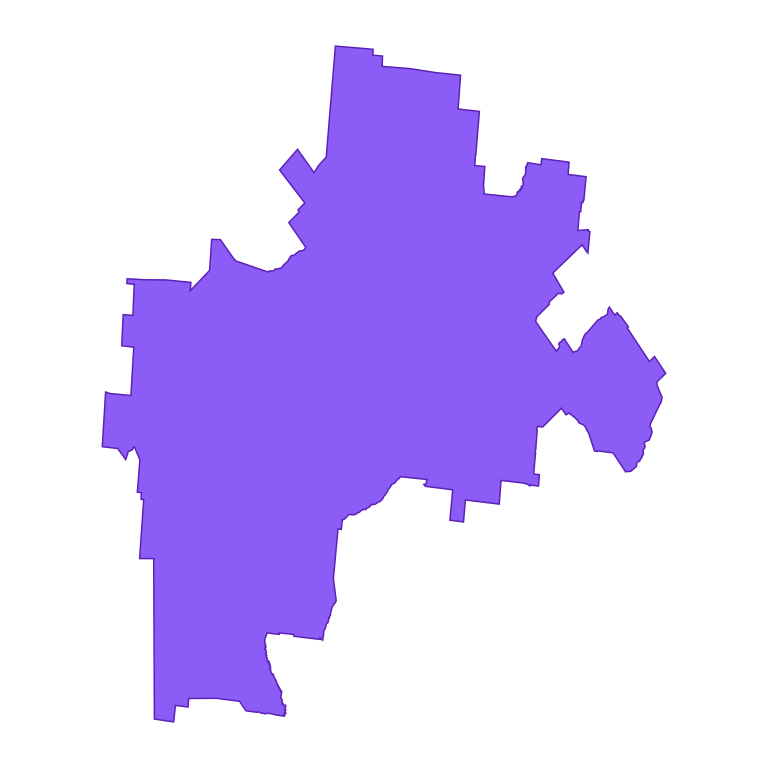 outline of Barcoo, Queensland, Australia
{"feature_id": "25037944B38568063774568", "entity_name": "Barcoo", "entity_type": "district", "adm_level": 2, "iso_a3": "AUS", "parent_name": "Australia", "parent_adm1": "Queensland", "projection": "equal_earth", "projection_center": [142.502, -25.173], "detail": "fine", "context": "isolated", "style": "filled", "palette": "violet", "viewbox_px": 768, "rotation_deg": 0, "n_neighbors": 0, "source": "geoboundaries", "source_scale": "gbopen_adm2", "svg_char_len": 6111}
<svg xmlns="http://www.w3.org/2000/svg" viewBox="0 0 768 768"><path d="M335.4,46.1L326.2,157.3L318.6,165.4L314.1,172.7L297.5,149.3L279.6,170.0L304.8,203.0L298.0,209.9L299.3,211.9L288.8,222.6L305.7,247.3L304.5,249.4L302.2,250.7L299.0,251.1L298.4,251.9L295.9,253.5L294.8,254.9L291.2,255.7L290.4,256.6L289.5,258.5L288.7,259.3L287.7,261.4L283.5,265.0L282.4,266.8L281.0,268.1L278.4,268.6L277.9,269.1L277.3,268.8L275.1,269.2L273.0,271.2L270.3,270.8L268.5,271.3L268.0,272.0L235.1,260.7L235.1,259.8L234.3,259.5L220.4,239.6L211.7,239.4L209.6,270.4L190.3,290.7L190.9,282.4L165.9,279.9L146.5,279.8L127.1,278.8L126.9,283.6L134.2,284.3L132.9,315.4L123.2,314.6L121.7,345.8L133.8,347.2L130.9,395.5L109.9,393.5L105.6,392.0L102.3,446.7L117.7,448.5L125.7,459.5L127.9,453.1L127.6,452.8L128.4,451.5L131.9,450.1L132.9,448.8L132.8,448.5L133.2,448.1L133.2,447.6L134.5,447.0L139.9,459.9L137.3,492.2L141.3,492.6L141.1,499.3L143.7,499.6L139.6,558.6L153.7,558.6L154.4,719.1L173.7,721.9L175.4,705.4L188.0,707.0L188.7,698.5L216.4,698.3L239.5,701.3L245.9,710.8L257.0,712.3L258.2,711.7L259.8,712.6L262.8,713.4L263.6,713.2L264.6,713.8L268.1,713.3L272.9,714.0L275.5,714.9L283.9,716.1L283.5,715.4L283.6,714.7L284.7,715.0L284.6,714.6L285.1,714.0L284.7,713.0L285.8,713.0L284.7,711.2L285.6,710.7L285.8,709.6L284.7,708.8L285.7,706.9L285.8,706.2L285.5,705.1L284.4,705.5L284.0,705.1L283.3,705.5L283.0,703.7L282.3,703.8L282.5,703.3L282.1,703.3L282.4,702.7L281.7,701.5L281.9,700.7L282.2,700.7L282.3,700.3L281.5,698.6L280.5,697.8L280.9,697.0L280.8,696.4L281.2,695.9L281.1,694.4L281.5,693.9L281.6,691.2L280.8,690.9L280.9,690.7L280.7,690.3L280.6,690.5L280.5,689.8L280.3,690.0L279.9,689.4L279.6,689.3L279.1,687.9L279.4,687.3L278.2,686.3L278.1,685.2L277.4,685.2L277.1,683.1L276.1,681.5L276.1,680.4L275.7,680.5L275.2,679.8L274.8,678.0L273.4,675.9L273.6,674.7L273.2,674.2L272.6,674.0L272.3,674.2L270.8,671.9L270.7,671.3L270.9,670.4L270.2,669.6L270.3,669.1L270.0,668.8L270.5,668.4L270.7,667.8L270.0,667.2L270.3,666.9L270.4,666.0L270.0,665.8L269.9,665.1L269.4,664.6L269.8,664.3L269.5,664.0L269.7,663.7L269.3,662.6L268.6,662.6L269.0,661.8L268.5,661.8L268.3,661.2L267.7,662.0L267.9,660.7L267.4,660.7L267.3,659.8L266.9,659.0L266.8,658.6L267.1,658.7L267.0,657.5L266.2,656.5L266.1,655.9L266.6,655.5L266.1,655.2L265.6,654.1L265.8,653.6L266.3,653.7L266.5,652.5L265.8,650.7L265.8,649.8L265.4,649.9L264.9,649.4L265.1,648.7L265.0,648.4L265.8,647.7L265.2,647.0L265.7,646.8L265.5,645.8L265.8,645.2L265.3,644.9L265.1,644.2L265.1,642.9L264.8,642.6L264.9,642.0L264.6,641.2L264.8,640.8L264.6,640.5L264.9,638.8L266.6,634.7L266.8,632.9L279.2,634.4L279.3,632.9L293.9,634.5L293.9,636.3L320.1,639.4L320.2,638.0L322.6,640.2L323.6,634.9L323.7,631.2L325.3,628.3L326.0,625.8L326.0,624.9L326.5,623.8L327.6,622.9L328.3,621.9L328.1,620.9L328.8,619.2L328.5,618.3L328.8,617.9L329.1,618.0L329.1,617.3L329.6,617.0L329.7,616.3L330.7,614.8L330.4,613.6L331.2,610.9L331.1,610.2L332.0,608.1L332.0,607.1L333.1,605.9L333.0,605.5L333.3,604.8L334.0,604.4L334.2,603.8L334.6,603.6L335.4,602.6L336.2,600.5L333.4,578.6L338.0,528.9L341.3,529.4L342.4,519.9L344.2,519.3L344.2,518.9L346.1,517.6L348.4,515.0L350.6,514.4L351.9,514.8L354.1,514.9L355.4,514.0L356.1,514.2L357.4,512.9L359.3,512.4L361.4,510.2L361.9,510.3L363.0,509.4L363.6,509.6L363.8,509.1L365.1,509.5L366.0,509.4L366.7,508.3L369.2,507.2L371.5,504.3L372.5,504.6L375.0,504.2L377.2,503.0L378.0,502.1L380.2,501.5L380.6,500.8L381.9,499.8L382.7,498.8L383.8,496.2L384.9,495.5L386.7,492.3L387.7,491.5L387.9,489.7L389.9,487.7L391.8,484.4L394.2,483.1L394.8,483.1L395.7,481.4L396.5,480.8L396.6,480.4L397.6,479.7L398.2,478.9L399.3,478.5L399.6,477.8L400.5,476.7L427.0,479.5L426.6,480.6L426.0,483.9L423.8,484.4L425.3,486.3L452.7,489.8L449.9,520.2L463.5,522.0L465.4,500.0L499.2,504.1L501.1,480.4L525.2,483.3L525.9,484.0L527.1,483.9L529.8,485.9L530.0,485.0L538.5,486.1L539.4,474.7L533.7,474.0L535.4,454.1L535.7,453.2L535.0,451.3L535.7,450.1L537.2,430.3L536.7,429.6L536.9,427.6L537.5,427.0L537.6,426.4L542.7,427.0L561.5,408.2L563.9,411.8L564.3,411.8L564.3,412.4L564.9,412.9L565.4,414.2L565.8,414.7L566.9,414.4L568.6,413.0L569.6,413.4L570.5,414.4L572.3,415.4L573.2,416.6L574.7,417.1L575.1,418.0L578.3,421.1L578.5,422.3L579.2,423.0L583.7,425.0L586.5,428.6L586.4,429.4L588.7,433.2L594.5,451.1L597.4,451.4L597.5,450.9L613.1,452.9L625.4,471.6L625.5,471.4L627.4,471.6L630.8,471.3L636.5,466.3L636.7,462.9L638.6,461.3L639.6,461.2L640.5,459.0L642.1,457.2L642.1,456.0L643.4,454.3L643.0,449.7L644.3,448.7L645.1,446.7L644.3,443.1L644.6,442.1L649.1,440.1L651.0,435.6L652.1,431.9L651.0,427.9L650.0,426.9L650.3,424.2L659.7,404.5L661.0,402.6L662.1,397.4L658.8,389.6L656.6,383.6L657.3,382.4L657.3,381.5L665.7,373.4L654.5,356.5L649.4,361.5L627.3,328.0L628.4,326.8L620.6,316.1L619.3,315.5L617.2,312.7L614.7,315.2L609.4,307.1L608.0,309.5L607.6,313.4L607.0,314.7L603.6,316.8L601.1,317.5L600.6,318.7L597.7,320.2L587.1,332.6L585.8,333.2L583.9,336.3L583.3,338.5L582.3,340.0L581.3,345.6L578.8,348.8L577.8,350.7L572.9,352.2L567.0,342.9L565.9,341.8L565.8,341.0L564.4,338.8L562.9,339.7L562.3,339.7L561.9,341.5L560.3,341.9L558.9,343.4L558.8,344.6L559.4,345.8L559.5,346.8L558.5,348.8L557.1,349.8L556.3,351.2L535.8,321.7L536.0,319.6L536.5,318.5L536.6,317.0L549.3,304.4L549.4,301.8L558.3,293.4L562.1,293.8L563.9,292.2L552.8,273.1L582.1,244.8L586.2,251.1L587.9,253.0L589.9,231.6L588.2,231.4L588.4,229.7L588.1,229.6L577.9,230.5L579.4,211.6L580.7,211.7L581.6,202.3L583.0,202.4L583.3,199.9L583.9,200.0L586.1,176.7L568.1,174.4L569.1,162.2L541.7,158.6L541.1,164.8L527.7,162.7L527.3,163.9L527.4,164.6L526.2,165.6L526.3,167.2L525.7,167.5L525.6,173.7L524.5,175.8L523.3,177.0L522.6,178.8L523.1,181.6L522.9,182.7L523.4,184.1L523.3,185.0L521.7,185.9L521.3,186.5L521.3,187.3L522.0,187.4L522.0,187.8L521.7,188.4L520.3,189.0L520.7,189.8L520.6,190.3L519.2,190.2L518.7,191.9L517.6,191.7L517.0,193.3L516.9,194.6L515.5,196.1L514.5,196.5L514.2,196.2L512.7,196.9L484.2,194.0L483.4,183.3L483.7,183.3L484.8,166.5L474.8,165.6L475.5,154.8L475.8,154.9L479.4,111.4L458.1,109.0L460.6,75.2L434.9,72.5L410.1,68.6L382.2,66.4L382.5,56.0L372.8,55.2L373.1,49.3L335.4,46.1Z" fill="#8b5cf6" stroke="#5b21b6" stroke-width="1.5"/></svg>